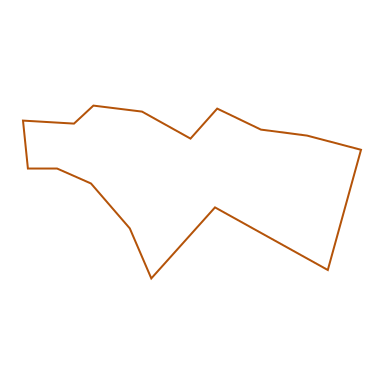 SVG path tracing the border of Marsaxlokk
{"feature_id": "MLT-5963", "entity_name": "Marsaxlokk", "entity_type": "state/province", "adm_level": 1, "iso_a3": "MLT", "parent_name": "Malta", "parent_adm1": "", "projection": "mercator", "projection_center": [14.544, 35.838], "detail": "fine", "context": "isolated", "style": "outline", "palette": "amber", "viewbox_px": 384, "rotation_deg": 0, "n_neighbors": 0, "source": "natural_earth", "source_scale": "10m", "svg_char_len": 325}
<svg xmlns="http://www.w3.org/2000/svg" viewBox="0 0 384 384"><path d="M361.0,149.8L327.8,270.0L215.0,207.4L151.3,278.4L129.8,228.4L91.0,183.5L57.0,168.5L27.9,168.5L23.0,120.6L74.0,123.6L93.4,105.6L142.0,111.6L190.5,138.6L217.2,108.6L260.9,129.6L307.1,135.6L361.0,149.8Z" fill="none" stroke="#b45309" stroke-width="2"/></svg>